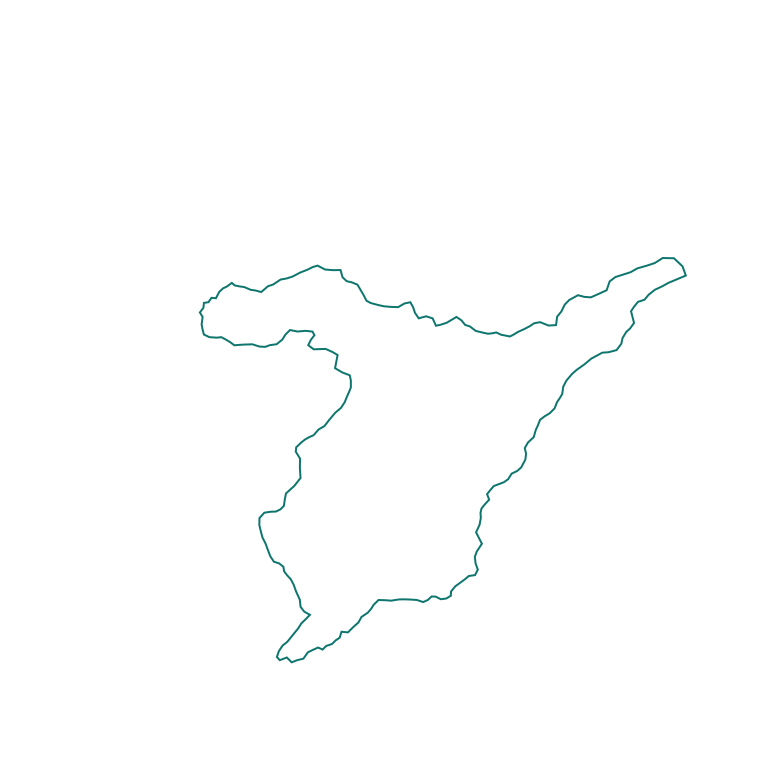 Firminópolis, Goiás, Brazil (Natural Earth projection), rotated 39°
{"feature_id": "56859067B11608443354751", "entity_name": "Firminópolis", "entity_type": "district", "adm_level": 2, "iso_a3": "BRA", "parent_name": "Brazil", "parent_adm1": "Goiás", "projection": "natural_earth1", "projection_center": [-50.323, -16.626], "detail": "fine", "context": "isolated", "style": "outline", "palette": "teal", "viewbox_px": 768, "rotation_deg": 39, "n_neighbors": 0, "source": "geoboundaries", "source_scale": "gbopen_adm2", "svg_char_len": 3441}
<svg xmlns="http://www.w3.org/2000/svg" viewBox="0 0 768 768"><g transform="rotate(39 384 384)"><path d="M371.4,502.1L378.3,509.6L378.4,519.7L376.7,530.7L379.4,535.9L382.9,541.7L382.4,546.6L380.3,551.1L376.3,554.6L372.0,559.3L371.6,566.5L375.8,572.0L379.9,575.2L386.2,579.8L392.1,582.4L397.6,585.7L404.2,589.5L410.3,591.4L415.4,589.4L420.9,589.4L424.2,592.4L428.9,593.6L434.5,594.4L440.2,596.9L446.3,600.6L454.3,604.6L459.4,609.7L465.3,611.1L471.7,610.0L471.1,616.5L470.4,622.0L471.1,627.5L471.1,635.6L471.1,645.3L469.8,651.2L470.4,657.7L472.6,663.6L476.8,664.2L480.6,657.7L487.4,658.4L490.1,653.6L494.2,648.2L493.7,640.4L496.0,635.5L498.6,630.3L503.4,629.0L503.9,624.0L507.2,618.8L507.8,613.6L509.2,609.1L506.9,603.3L512.3,599.7L513.1,592.2L514.2,585.4L513.1,579.2L515.3,572.0L515.5,567.3L514.9,562.0L515.7,555.3L521.5,550.9L525.9,547.9L530.9,542.3L534.6,539.1L540.0,535.0L545.4,531.2L551.7,528.8L554.0,524.2L554.7,519.2L558.0,516.7L563.6,515.5L567.4,511.5L569.2,506.5L566.7,503.1L566.7,496.4L568.4,490.1L569.7,485.1L570.7,479.9L575.0,475.2L573.7,469.2L568.2,465.9L563.4,461.2L561.5,455.7L560.6,446.5L555.5,444.3L548.9,441.3L546.8,433.1L543.5,427.1L540.1,423.4L538.1,419.4L538.1,414.4L538.5,407.7L533.4,404.7L533.4,399.0L533.5,394.3L539.0,384.8L540.4,379.8L539.6,373.4L542.3,367.6L543.1,362.4L541.4,353.7L538.2,348.7L533.7,345.2L532.7,338.7L533.8,331.1L530.8,324.0L529.7,319.5L527.8,313.6L529.2,307.9L531.2,302.5L531.9,295.5L529.9,289.3L529.5,284.5L528.8,279.6L525.0,273.3L523.6,266.6L523.8,258.0L524.8,251.9L527.4,242.6L529.1,233.9L533.9,222.3L538.4,218.1L543.4,211.3L543.1,203.3L540.5,198.3L539.5,191.1L540.3,186.0L539.9,179.2L530.2,172.0L529.7,166.8L529.7,160.3L533.4,154.6L533.5,148.1L535.2,140.3L538.8,132.9L541.4,126.4L550.3,109.8L542.0,104.7L530.2,103.8L521.3,110.7L518.3,119.6L513.4,127.2L508.1,134.7L505.3,141.9L500.9,148.6L496.5,155.3L494.8,162.3L498.0,171.0L493.7,179.7L490.2,186.5L484.9,190.2L478.9,192.9L475.1,202.1L474.5,208.6L476.2,215.9L476.2,222.7L480.6,230.0L475.1,235.0L466.4,237.7L462.4,242.4L460.9,247.4L458.4,253.1L455.3,259.3L453.8,263.6L452.0,267.8L444.0,272.0L438.8,273.3L436.1,276.6L433.2,279.5L426.8,282.7L421.9,285.0L414.5,285.2L409.9,287.0L404.0,285.8L398.1,286.3L394.2,296.9L390.8,302.2L387.7,306.0L380.5,302.4L374.1,304.9L369.7,311.1L363.3,309.2L358.3,306.0L353.0,303.9L349.2,308.6L346.6,315.4L340.3,320.1L334.8,323.8L329.1,326.6L322.5,329.5L318.0,330.3L312.3,327.8L300.9,323.5L294.9,325.3L290.3,327.6L284.6,327.1L278.5,322.8L272.5,327.8L266.2,332.1L257.9,333.8L255.0,338.0L252.5,343.5L248.7,350.2L245.3,358.1L241.8,363.4L237.9,367.9L235.3,376.3L232.3,381.1L230.7,389.8L225.1,392.3L221.1,394.7L214.4,396.6L209.9,399.3L206.0,401.3L202.1,401.2L200.6,407.0L198.7,411.0L198.0,416.1L199.4,423.1L195.7,425.6L196.1,430.9L193.0,434.3L195.7,438.4L195.9,444.3L200.8,446.0L204.8,452.5L209.3,456.3L212.9,458.9L218.8,457.5L224.9,453.2L228.1,450.0L233.2,449.0L237.9,448.3L243.3,448.1L249.8,442.0L256.7,436.0L263.6,433.3L268.3,429.9L270.9,425.6L275.5,420.7L277.0,413.6L276.3,407.5L277.0,401.2L283.7,397.7L289.5,392.1L295.4,388.3L299.2,389.8L299.4,395.8L300.7,401.5L307.5,401.3L316.5,393.5L324.0,391.5L329.7,390.7L336.0,402.5L344.1,401.3L351.9,398.8L355.9,402.0L360.4,407.5L361.8,412.0L363.3,417.6L364.9,422.8L365.6,429.6L364.2,436.9L364.0,446.6L364.2,454.1L361.8,460.5L361.5,468.1L359.3,472.4L357.6,476.7L356.5,481.6L355.6,488.4L358.0,492.1L365.7,494.8L371.4,502.1Z" fill="none" stroke="#0f766e" stroke-width="2"/></g></svg>